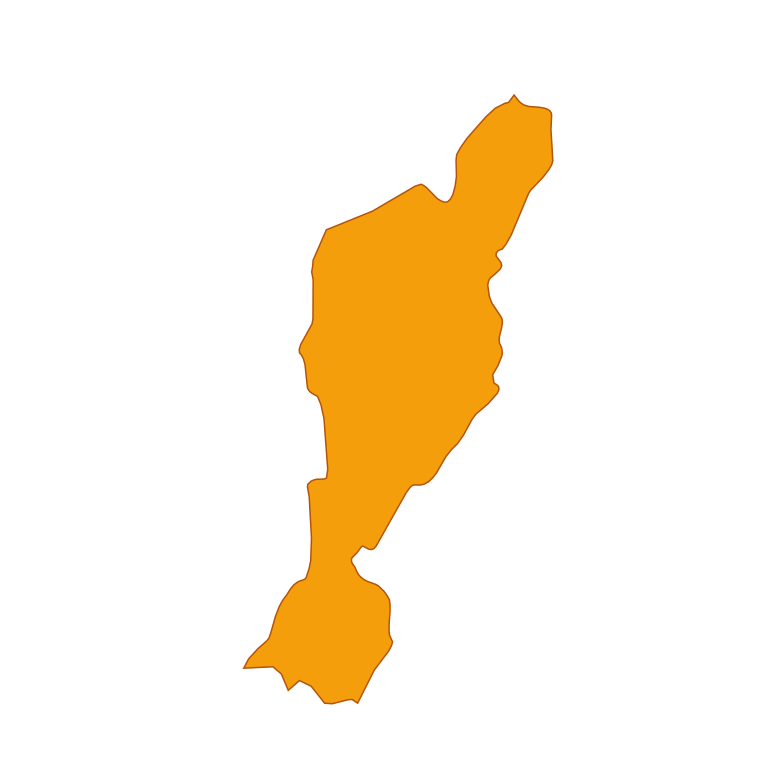 an SVG outline of San Salvador, rotated 205°
{"feature_id": "SLV-1349", "entity_name": "San Salvador", "entity_type": "Department", "adm_level": 1, "iso_a3": "SLV", "parent_name": "El Salvador", "parent_adm1": "", "projection": "natural_earth1", "projection_center": [-89.179, 13.778], "detail": "fine", "context": "isolated", "style": "filled", "palette": "amber", "viewbox_px": 768, "rotation_deg": 205, "n_neighbors": 0, "source": "natural_earth", "source_scale": "10m", "svg_char_len": 2413}
<svg xmlns="http://www.w3.org/2000/svg" viewBox="0 0 768 768"><g transform="rotate(205 384 384)"><path d="M391.0,67.2L390.5,77.9L386.4,90.9L381.8,101.4L380.9,104.9L381.3,109.7L384.2,127.8L384.9,138.3L384.7,140.4L384.7,141.5L384.3,146.0L383.0,152.0L382.2,158.5L381.5,161.5L380.7,164.2L378.2,168.6L376.5,170.4L374.8,171.9L373.4,173.5L372.7,175.2L373.8,184.6L375.7,192.8L384.6,213.7L404.1,250.1L409.9,258.4L410.7,260.9L409.1,265.0L407.2,267.2L404.8,269.2L398.0,272.6L396.4,274.5L398.9,282.8L423.9,327.5L432.5,338.7L439.0,344.7L445.0,345.1L447.8,345.7L450.1,346.8L451.9,348.4L463.8,368.2L467.7,372.8L471.3,375.5L473.7,376.5L475.4,379.5L476.2,384.3L474.6,408.0L476.0,413.2L492.3,448.6L496.9,455.0L498.5,460.9L500.6,466.3L501.4,499.4L467.5,535.8L439.3,576.6L434.6,580.8L431.7,580.6L428.8,580.1L413.9,574.5L411.0,574.1L408.0,574.1L405.4,574.6L403.4,576.0L402.0,579.4L401.6,584.5L403.3,594.0L406.1,602.8L413.3,617.3L415.1,622.7L414.6,630.4L412.5,642.2L404.5,669.4L399.7,681.0L393.0,689.6L390.2,691.6L388.2,700.9L381.3,697.3L378.9,696.6L375.4,696.0L369.8,696.8L360.0,700.5L354.8,701.9L351.8,702.1L349.1,701.7L347.0,700.4L345.6,698.3L340.3,685.3L325.3,657.6L324.7,653.5L325.1,648.4L327.2,638.9L333.0,621.6L333.5,618.1L331.7,572.8L332.5,562.6L333.8,556.3L335.7,554.6L337.2,552.4L337.6,550.0L336.5,547.4L329.3,543.5L327.3,541.0L327.2,537.6L329.4,531.6L332.5,525.0L332.8,521.7L331.8,517.5L325.6,508.0L321.5,503.9L319.9,502.6L306.4,494.4L304.4,492.7L302.6,489.5L301.2,484.7L299.5,476.2L298.3,472.5L296.6,469.8L293.0,466.8L291.4,464.6L290.1,462.4L289.1,459.6L288.5,449.2L289.4,438.2L284.7,431.3L281.6,431.0L279.3,430.3L277.6,428.0L277.3,423.6L281.4,409.9L287.8,396.0L288.5,393.3L289.3,388.6L290.4,371.1L292.2,360.9L295.2,352.9L297.2,344.4L298.9,325.3L300.1,320.1L302.0,314.8L304.8,310.7L306.7,309.0L308.8,307.6L313.6,305.5L315.5,304.0L316.6,301.5L317.9,295.3L322.6,234.1L323.6,230.6L325.3,228.7L327.7,227.9L334.7,228.1L335.5,227.4L335.9,226.0L337.1,219.9L339.6,212.7L339.2,210.9L337.8,208.6L332.8,205.6L329.3,202.4L326.3,200.4L323.8,199.3L321.1,198.6L318.3,198.2L315.4,198.1L306.7,198.9L303.9,198.7L296.3,196.1L291.9,193.6L287.9,190.7L285.4,186.8L282.6,180.9L277.9,168.5L275.2,162.7L273.0,158.9L267.3,153.9L266.6,150.0L266.9,144.1L271.9,120.5L273.0,83.6L279.6,84.6L283.5,82.4L295.7,72.4L302.9,69.6L322.3,79.3L335.3,79.5L341.3,65.9L354.5,77.8L365.1,80.8L391.0,67.2Z" fill="#f59e0b" stroke="#b45309" stroke-width="1.5"/></g></svg>